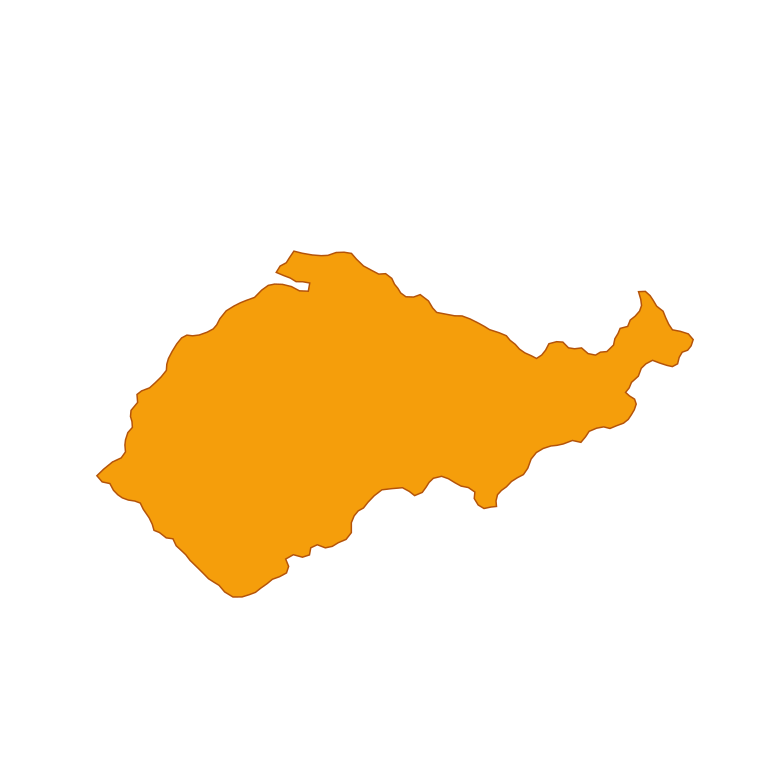 the district of Campanha, Minas Gerais, Brazil, rotated 65°
{"feature_id": "56859067B70432735249209", "entity_name": "Campanha", "entity_type": "district", "adm_level": 2, "iso_a3": "BRA", "parent_name": "Brazil", "parent_adm1": "Minas Gerais", "projection": "orthographic", "projection_center": [-45.402, -21.822], "detail": "fine", "context": "isolated", "style": "filled", "palette": "amber", "viewbox_px": 768, "rotation_deg": 65, "n_neighbors": 0, "source": "geoboundaries", "source_scale": "gbopen_adm2", "svg_char_len": 3056}
<svg xmlns="http://www.w3.org/2000/svg" viewBox="0 0 768 768"><g transform="rotate(65 384 384)"><path d="M542.5,333.8L537.3,331.9L532.3,327.9L530.1,322.6L528.9,316.5L526.2,309.6L525.3,302.6L525.0,295.9L521.1,289.3L514.2,282.4L510.5,274.9L509.7,267.0L510.7,258.9L512.7,253.1L514.1,246.8L514.8,237.1L520.1,230.2L517.0,223.6L513.6,218.1L513.9,210.0L515.7,203.0L519.8,198.0L520.1,190.9L520.7,183.4L519.3,177.6L516.4,172.8L513.1,168.0L508.8,163.9L503.6,163.3L498.5,166.6L493.7,168.6L491.2,163.5L487.1,159.0L484.4,150.2L478.5,144.2L476.4,138.1L476.0,130.6L481.4,125.4L486.7,119.7L490.1,115.3L489.8,109.4L484.6,105.2L481.2,100.3L481.7,94.5L479.2,89.5L474.4,85.0L467.2,87.0L461.5,93.2L456.8,99.7L450.2,100.7L442.9,100.7L436.0,100.3L428.7,104.0L421.7,104.7L416.4,105.5L410.5,108.0L407.9,114.3L415.7,115.5L421.7,117.4L425.9,121.5L428.7,127.8L430.1,133.8L434.8,138.8L433.4,146.5L437.1,150.5L440.5,155.6L445.7,159.5L448.8,168.3L446.6,174.4L447.2,180.1L442.7,186.2L434.8,189.7L432.6,196.4L429.2,201.5L421.6,204.2L418.6,209.7L417.2,217.5L421.6,223.2L424.4,228.8L425.3,235.0L420.6,238.6L415.3,243.2L409.6,246.5L403.5,248.3L397.6,251.3L392.0,252.7L386.3,257.9L379.3,265.4L374.5,268.5L369.0,272.5L361.4,278.5L355.3,284.5L352.1,291.1L347.3,297.8L341.4,306.0L335.6,307.8L327.5,308.6L318.3,313.4L317.7,320.4L314.2,327.3L308.5,330.4L303.1,331.0L298.1,332.3L291.6,332.3L284.7,335.9L282.2,342.3L275.9,347.1L268.4,352.7L259.3,356.2L251.9,358.3L247.7,364.5L244.6,371.8L243.7,380.5L241.2,386.6L236.8,394.4L230.9,402.9L225.5,409.5L229.7,416.5L232.8,421.3L233.2,428.3L237.3,434.5L243.5,428.9L248.2,424.3L254.1,420.4L257.0,414.4L261.1,408.6L267.9,413.4L263.8,421.3L256.6,426.7L250.8,433.9L247.2,441.0L245.7,447.2L247.2,455.1L250.8,464.7L250.0,473.8L249.7,479.8L249.9,486.8L251.0,496.1L255.5,505.2L259.7,510.6L261.9,515.5L262.3,522.3L261.5,530.8L259.4,537.2L256.4,542.0L256.7,548.0L260.1,554.9L264.9,562.2L269.8,568.6L274.3,572.5L279.7,575.5L283.4,583.0L286.2,590.9L288.4,598.1L287.8,606.6L289.1,612.3L296.6,615.1L301.0,624.4L306.3,627.5L311.6,628.3L317.0,630.4L319.8,636.7L325.4,641.9L329.8,644.6L336.3,647.0L339.9,653.4L339.9,663.0L342.7,674.1L345.8,683.0L353.6,680.8L358.4,674.5L366.0,674.1L371.8,672.1L376.6,669.3L381.1,664.8L384.7,659.4L388.9,655.2L395.9,655.1L406.0,653.4L413.2,653.3L419.4,654.3L423.7,650.3L431.4,646.4L435.1,640.7L442.8,640.7L449.4,638.0L455.0,635.8L461.9,634.3L469.8,631.3L478.7,628.0L486.4,625.3L491.6,622.0L496.7,618.6L505.1,616.3L513.2,610.9L517.0,602.6L518.0,595.1L518.5,588.5L517.0,582.4L515.5,574.1L513.8,567.7L514.5,560.1L514.0,552.2L509.0,547.5L501.1,547.1L500.4,538.3L506.5,531.1L507.4,523.8L501.5,519.6L501.5,512.4L507.7,506.4L509.3,499.5L508.5,492.4L508.8,484.0L504.9,476.4L495.9,472.2L490.9,466.8L488.1,461.0L487.7,455.0L484.4,448.5L481.1,440.0L479.0,430.6L482.0,421.5L485.8,411.1L492.0,406.5L498.1,403.4L498.4,395.1L495.3,389.5L492.2,384.7L490.3,379.1L492.0,370.8L497.0,365.7L503.5,361.4L509.1,357.3L513.5,351.3L520.3,347.3L525.9,350.6L533.4,349.8L539.1,346.0L540.7,339.1L542.5,333.8Z" fill="#f59e0b" stroke="#b45309" stroke-width="1.5"/></g></svg>